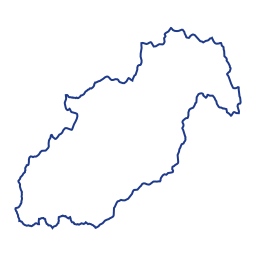 outline of Canta, Lima, Peru
{"feature_id": "86281439B11462215509346", "entity_name": "Canta", "entity_type": "district", "adm_level": 2, "iso_a3": "PER", "parent_name": "Peru", "parent_adm1": "Lima", "projection": "equal_earth", "projection_center": [-76.765, -11.534], "detail": "fine", "context": "isolated", "style": "outline", "palette": "blue", "viewbox_px": 256, "rotation_deg": 0, "n_neighbors": 0, "source": "geoboundaries", "source_scale": "gbopen_adm2", "svg_char_len": 5716}
<svg xmlns="http://www.w3.org/2000/svg" viewBox="0 0 256 256"><path d="M212.0,37.9L211.7,38.2L210.2,38.4L208.5,40.1L207.7,40.5L205.8,40.9L203.2,42.4L202.4,41.7L200.4,41.2L200.0,40.9L194.7,35.0L193.0,34.5L192.4,34.6L190.6,35.8L190.1,36.3L189.4,37.5L188.9,37.9L186.7,37.5L186.3,37.2L185.8,35.6L184.8,33.8L184.3,31.9L182.7,29.8L181.7,29.7L179.0,30.8L177.3,31.1L174.8,30.9L173.0,30.1L171.3,28.1L170.9,28.0L168.5,31.4L165.8,33.0L165.1,33.6L164.7,34.3L165.5,36.2L165.4,36.5L164.1,38.2L164.6,41.8L163.8,43.5L163.1,44.2L162.5,44.4L159.4,44.2L158.5,44.6L155.8,46.3L153.7,46.5L151.3,42.5L150.6,42.2L148.9,42.9L147.7,43.7L146.4,44.0L142.8,42.9L141.4,43.1L141.4,45.6L141.6,47.9L140.7,53.5L140.6,56.6L141.6,60.5L141.5,62.6L140.8,64.5L140.4,64.9L138.8,65.2L137.9,65.8L137.3,67.5L137.3,69.7L135.7,74.5L135.4,75.0L134.5,75.5L134.2,76.0L132.7,79.3L132.4,80.6L131.1,79.9L129.4,78.4L128.6,78.1L128.2,78.5L126.4,81.5L124.3,83.1L122.8,83.1L120.0,82.2L119.0,81.4L118.3,80.0L117.4,79.3L115.4,79.2L113.0,80.0L111.7,80.0L110.5,79.3L109.4,77.9L108.5,77.1L107.8,76.6L106.7,76.6L105.2,77.2L103.2,78.8L99.8,81.0L98.7,81.2L95.8,82.6L95.2,82.5L94.2,84.3L94.3,84.7L94.1,85.5L93.6,86.4L92.8,87.4L91.3,88.5L90.0,88.3L88.8,89.5L87.7,89.8L87.2,90.5L85.5,91.6L83.9,94.2L82.3,95.2L80.7,95.6L80.4,96.4L79.9,96.9L78.4,98.0L77.4,98.1L76.7,97.6L75.8,98.1L75.1,97.8L73.4,97.8L72.8,97.4L72.2,97.7L70.7,97.2L69.7,97.3L68.5,96.8L68.0,95.8L67.3,95.1L66.2,95.0L65.8,95.1L66.1,97.8L66.1,99.0L64.8,102.5L64.8,103.6L65.7,107.6L66.3,109.0L66.9,109.7L67.6,110.1L68.1,110.0L69.6,108.8L70.1,109.5L71.0,111.6L71.6,112.1L75.4,113.1L76.9,113.8L77.2,114.3L77.4,116.2L76.8,118.7L75.6,121.4L74.0,124.3L72.1,129.5L71.4,129.8L70.8,129.6L66.7,128.1L65.5,128.1L65.0,128.3L63.3,130.2L62.2,132.6L60.7,134.0L59.3,134.6L57.6,137.1L56.4,138.4L55.7,138.9L55.1,138.9L52.8,137.0L52.0,135.1L51.7,134.9L51.1,135.1L50.8,135.7L50.5,137.7L49.3,139.7L48.9,140.8L48.6,143.9L48.8,146.2L48.6,147.0L48.2,147.9L45.9,150.4L45.4,150.6L42.0,150.8L40.6,151.8L39.2,154.0L38.5,154.9L36.6,156.3L35.9,156.6L34.4,156.5L33.0,157.1L32.0,156.6L30.7,156.4L29.8,157.1L29.4,157.6L28.9,159.4L28.9,162.1L28.5,164.5L28.3,164.9L26.7,165.2L26.5,166.0L25.4,167.6L25.2,168.8L25.4,170.3L24.9,171.3L24.9,172.3L23.4,173.5L22.5,175.2L20.4,177.4L20.1,178.8L18.4,180.9L18.5,181.8L19.2,182.8L20.0,184.2L19.9,186.5L20.9,189.9L22.0,192.1L21.7,192.9L21.9,194.3L21.6,196.8L22.0,198.0L22.0,198.9L21.4,201.4L21.4,202.7L21.1,203.4L20.7,203.7L20.7,204.2L19.3,206.5L18.7,207.1L17.7,207.7L16.4,207.9L15.6,208.2L15.4,209.2L15.8,210.1L16.0,210.9L16.7,211.6L17.0,213.0L17.8,214.6L18.1,215.6L18.1,216.7L19.3,219.2L19.3,221.0L20.0,220.9L20.9,221.3L21.2,221.7L21.9,221.8L23.2,223.8L24.6,224.9L26.8,225.7L28.6,225.3L29.5,225.8L30.4,225.8L31.3,226.2L32.6,225.7L32.9,225.2L34.0,224.6L35.4,223.4L36.3,223.3L37.5,223.7L38.0,224.2L39.0,224.2L38.7,221.5L39.0,218.9L40.2,218.9L41.3,218.2L43.4,218.0L44.1,218.8L44.8,218.8L45.2,219.2L45.4,220.8L46.7,223.9L47.6,224.2L48.4,225.4L49.6,225.3L51.0,225.9L52.5,228.0L52.9,227.3L54.1,226.4L55.8,225.9L56.8,224.9L58.0,223.1L58.4,223.0L58.5,221.5L58.9,220.9L58.6,219.4L58.8,217.1L61.0,216.4L61.5,216.0L62.1,216.1L62.8,215.6L64.4,216.3L65.1,216.0L65.7,216.2L66.1,216.9L68.4,218.4L68.7,218.3L69.4,217.4L70.1,217.1L70.6,218.5L70.6,219.5L71.8,222.0L72.1,222.3L73.5,222.4L73.9,222.8L74.0,223.5L74.5,224.0L76.9,224.5L77.8,224.1L78.7,224.6L79.2,224.6L81.5,223.3L83.8,224.0L84.3,223.5L85.0,223.3L85.8,222.3L88.0,224.1L89.1,223.7L91.0,224.2L91.8,224.7L93.3,225.4L94.0,226.2L94.7,226.4L95.5,227.8L96.0,227.7L98.5,226.3L99.8,224.7L102.6,223.3L105.0,220.6L107.1,219.6L108.8,219.1L109.5,218.5L111.9,217.3L113.2,216.4L113.7,215.1L114.0,208.0L114.8,206.9L116.7,202.7L117.6,201.4L119.0,201.0L121.0,199.9L122.7,200.3L125.0,200.3L128.2,198.7L132.0,193.9L132.9,191.4L133.7,190.2L134.5,189.9L136.4,189.8L137.5,189.6L140.1,186.6L140.8,186.1L142.2,184.0L142.7,183.7L143.5,183.4L144.9,183.4L147.0,184.3L148.9,184.6L150.0,184.2L153.2,181.7L153.9,181.5L157.0,181.6L159.2,181.3L159.9,181.4L160.5,180.6L160.6,179.2L160.9,178.1L162.3,176.0L163.3,174.9L164.5,174.3L166.4,174.7L168.1,173.0L170.5,172.7L172.6,172.2L172.9,171.8L173.1,170.6L172.2,169.2L172.4,167.1L172.6,166.7L174.0,166.1L175.2,165.0L177.4,163.7L178.1,162.8L178.2,161.7L177.6,155.0L179.0,151.7L179.4,149.2L180.4,147.5L180.7,146.4L181.7,144.2L183.5,143.5L184.2,142.0L185.1,140.8L185.4,140.0L185.5,139.1L185.3,138.4L185.5,137.1L185.1,136.3L183.1,129.8L182.4,128.6L182.3,128.1L183.3,126.4L183.5,125.5L183.4,124.2L182.5,122.5L182.5,121.8L182.7,121.1L183.2,120.4L185.3,118.6L186.0,118.2L187.5,118.0L187.8,117.7L188.4,115.7L188.4,112.5L189.0,110.6L189.3,109.8L190.4,108.8L193.3,107.6L193.6,107.0L194.7,105.1L195.4,103.1L195.9,102.9L196.3,102.4L196.5,100.6L196.7,97.2L198.5,94.2L200.0,93.5L201.6,93.3L202.2,93.5L202.9,93.9L203.2,94.5L203.3,95.5L205.9,97.7L206.3,97.4L207.1,96.2L207.5,94.9L207.9,94.8L209.9,95.7L212.7,95.7L214.4,97.7L215.5,100.1L216.3,101.2L216.8,103.6L217.1,104.2L218.7,106.8L219.5,107.4L221.3,107.6L223.1,108.6L223.6,108.4L226.4,109.1L227.0,112.3L228.8,113.4L230.1,114.6L230.9,115.7L231.3,115.6L233.4,112.4L233.9,112.1L234.5,112.1L236.4,113.1L238.8,113.2L239.0,111.5L237.5,106.2L237.7,105.8L237.8,104.7L238.0,104.4L239.0,103.7L239.9,103.7L240.5,102.9L240.6,101.9L240.1,97.4L239.5,96.4L239.4,95.3L238.7,89.6L238.7,87.4L238.0,87.1L236.6,87.9L235.1,88.3L233.5,88.1L233.0,87.7L231.2,83.9L228.8,77.1L228.1,75.6L227.2,74.6L227.1,74.0L227.5,73.5L228.6,72.3L229.7,71.6L230.6,68.7L230.5,67.9L229.9,67.2L229.8,65.9L228.4,63.1L226.6,60.6L226.8,59.3L226.4,58.2L224.4,56.2L224.2,51.6L224.1,50.7L223.7,49.7L223.5,47.1L221.8,45.6L221.3,43.5L221.0,43.0L220.1,43.0L218.8,43.5L216.6,43.7L215.8,43.5L214.9,43.0L213.7,41.5L212.0,37.9Z" fill="none" stroke="#1e3a8a" stroke-width="2"/></svg>